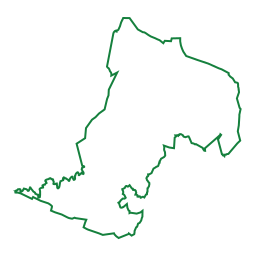 Minatitlán, Colima, Mexico
{"feature_id": "50627088B87770668885129", "entity_name": "Minatitlán", "entity_type": "district", "adm_level": 2, "iso_a3": "MEX", "parent_name": "Mexico", "parent_adm1": "Colima", "projection": "equal_earth", "projection_center": [-104.083, 19.372], "detail": "fine", "context": "isolated", "style": "outline", "palette": "green", "viewbox_px": 256, "rotation_deg": 0, "n_neighbors": 0, "source": "geoboundaries", "source_scale": "gbopen_adm2", "svg_char_len": 5790}
<svg xmlns="http://www.w3.org/2000/svg" viewBox="0 0 256 256"><path d="M228.7,73.1L221.6,69.3L218.8,68.3L208.3,63.6L197.5,60.0L186.2,56.0L183.3,51.6L182.0,48.6L180.9,45.4L180.2,41.4L180.2,38.2L171.7,38.4L171.0,41.2L164.8,40.8L163.3,43.2L159.6,40.2L157.6,39.4L155.1,38.2L150.9,36.5L148.4,35.0L146.1,33.4L145.2,32.8L144.1,32.3L142.8,32.2L137.8,29.4L129.6,18.1L123.2,18.0L122.4,19.9L122.0,20.3L121.7,21.3L121.2,22.2L120.6,24.1L120.0,26.2L118.4,29.7L117.7,30.3L116.4,30.5L116.3,30.8L116.5,31.6L116.3,31.6L115.5,30.8L114.8,31.1L113.8,32.3L113.4,33.3L107.0,66.6L107.7,67.6L108.8,68.4L109.5,69.8L109.9,71.0L111.0,72.6L111.3,73.5L111.4,74.4L111.3,75.6L117.2,72.5L108.8,89.7L108.5,95.4L107.1,98.9L104.6,109.4L99.0,113.5L95.6,117.1L92.0,119.7L86.0,128.1L85.1,138.2L76.6,143.7L82.2,165.6L82.4,165.9L83.6,166.1L84.1,166.4L84.2,166.7L84.2,166.9L84.1,167.0L83.0,166.9L82.9,167.1L82.7,167.6L82.4,167.6L82.2,167.7L82.0,168.0L81.7,169.5L82.3,170.4L82.4,171.0L82.8,171.4L83.4,172.3L83.6,173.1L83.5,173.8L83.2,174.0L82.6,173.7L82.2,173.6L82.0,173.4L82.0,173.0L81.8,172.8L81.5,172.8L81.0,173.6L80.4,174.0L79.3,175.1L79.0,175.2L78.8,175.1L78.8,174.9L78.7,174.2L78.6,173.6L78.4,173.0L78.1,172.5L77.6,172.3L77.3,172.4L77.0,172.6L76.9,172.9L76.5,173.1L76.1,173.5L75.8,174.0L75.7,174.2L75.4,175.2L75.1,175.6L75.2,175.9L74.8,176.4L75.1,178.2L74.9,179.2L74.8,179.4L73.9,179.9L73.7,179.8L73.4,179.4L73.3,179.0L73.0,178.5L72.8,177.8L72.4,176.7L72.1,176.6L71.4,177.0L70.6,177.8L70.1,178.6L69.5,179.9L69.5,180.3L69.4,180.6L69.1,180.9L68.7,180.8L68.5,180.3L68.2,180.1L68.1,179.9L67.5,179.4L67.0,179.2L65.8,178.3L64.7,178.6L64.4,178.5L64.2,178.2L64.3,177.6L63.8,177.4L63.1,178.1L63.0,178.8L63.0,179.5L63.1,180.2L62.7,180.3L61.2,181.0L60.5,181.2L60.0,182.8L59.5,186.0L59.2,187.2L58.6,188.0L58.2,188.3L57.8,188.3L57.5,188.1L57.2,187.3L57.3,186.8L57.0,185.8L56.9,184.1L56.8,183.5L55.7,183.7L55.2,184.1L54.0,184.1L53.5,184.0L53.4,183.7L53.7,182.6L53.7,181.6L53.5,181.4L53.5,181.1L53.3,180.8L53.0,180.2L53.1,179.9L53.1,179.6L52.9,179.3L52.0,179.1L51.4,179.2L50.9,178.5L50.4,178.2L49.4,178.4L48.9,179.0L48.6,179.1L47.5,179.3L46.3,179.7L45.6,180.2L45.4,180.4L45.3,181.0L45.8,181.4L46.1,181.8L46.5,182.8L46.5,183.0L45.8,183.1L45.7,183.3L45.0,184.6L44.8,184.7L44.5,184.5L44.0,184.6L43.7,184.8L42.6,185.3L42.5,185.6L42.9,185.9L43.1,186.8L43.1,187.5L42.8,187.7L42.1,187.5L40.2,188.4L39.7,188.9L39.6,189.5L40.0,190.6L40.1,191.3L40.1,192.5L40.1,195.0L39.9,196.8L39.8,197.2L39.5,197.4L38.3,197.4L38.2,197.2L38.3,196.4L38.2,196.0L38.2,194.8L38.1,194.7L37.4,194.7L35.3,193.7L35.2,192.9L34.5,192.2L33.5,191.7L31.8,189.5L31.3,189.0L30.4,187.5L30.1,187.4L29.8,188.0L29.5,189.0L28.9,190.4L28.7,190.7L28.3,190.8L28.1,190.9L27.8,190.8L27.3,189.9L26.3,189.2L24.0,188.6L23.8,188.6L23.7,189.2L23.3,189.8L23.0,190.0L22.6,190.8L21.8,191.4L21.2,191.5L20.4,191.2L20.5,190.0L20.4,189.5L19.8,189.1L19.5,189.1L19.2,189.3L18.1,189.2L17.6,189.9L15.4,190.9L15.4,192.5L15.9,192.6L16.8,192.6L16.4,192.2L20.7,193.4L32.0,198.9L33.1,197.0L33.6,197.3L40.6,200.8L48.4,203.4L50.6,204.9L51.9,206.1L52.0,206.7L51.0,210.6L55.0,212.3L61.7,214.5L67.6,217.5L69.1,218.1L72.1,218.7L74.6,217.7L75.5,218.1L86.3,219.7L85.1,222.6L83.6,227.3L86.7,229.0L88.3,229.7L98.8,233.3L102.8,234.9L114.0,233.3L114.5,234.4L116.0,236.0L116.8,236.7L117.9,237.4L118.6,238.0L128.8,233.9L128.9,233.5L131.6,235.6L134.2,234.2L134.5,232.8L134.6,230.9L136.1,227.4L136.5,227.0L136.8,227.0L137.5,225.8L137.5,225.4L138.1,223.6L139.6,222.9L141.2,220.5L141.8,218.1L142.4,216.7L142.5,210.8L140.5,212.4L136.7,213.6L130.5,212.7L129.5,213.1L129.5,210.9L128.6,210.5L127.4,207.7L126.9,204.0L123.3,207.1L122.8,207.1L122.3,207.5L121.7,207.7L120.5,207.5L120.3,207.2L119.0,203.1L118.5,202.9L118.4,202.7L120.1,201.6L120.4,200.7L122.7,198.6L124.6,198.6L125.6,197.9L125.7,197.7L125.4,197.2L124.5,195.3L124.1,194.8L122.8,194.0L122.9,193.6L123.2,193.0L123.2,191.7L123.0,190.9L122.4,189.9L122.3,189.6L122.3,189.1L122.8,189.0L124.8,187.9L125.4,186.6L125.8,186.2L126.2,186.0L126.7,186.0L127.1,186.4L127.7,186.6L128.0,186.6L129.6,185.2L131.8,188.4L132.8,188.7L132.8,189.3L133.0,189.9L133.2,190.0L134.0,189.8L134.3,189.9L134.6,190.1L135.2,190.1L135.8,190.9L135.8,191.4L136.2,192.5L136.2,193.0L135.6,194.0L135.4,194.6L136.3,194.6L137.4,195.2L137.5,196.6L138.4,196.7L138.7,196.3L139.8,196.3L140.3,197.1L140.6,197.7L141.4,197.5L142.2,196.9L142.9,196.8L143.7,196.9L144.1,197.4L144.3,197.5L146.0,194.5L146.9,194.3L147.0,194.0L147.0,192.3L147.5,191.8L147.5,188.3L148.0,188.0L148.6,186.8L149.0,186.2L149.2,184.9L149.4,184.2L149.3,182.9L148.6,182.4L148.4,181.8L146.9,179.9L146.7,178.8L146.4,178.2L147.2,176.6L147.5,176.6L147.9,176.3L148.2,175.9L148.3,175.5L148.1,174.4L149.3,174.3L151.5,173.1L153.5,168.6L155.4,167.5L156.3,166.8L157.9,166.2L158.3,165.7L159.4,162.0L159.7,162.2L159.9,161.0L161.1,158.7L164.1,157.0L165.2,155.6L165.0,152.2L164.2,150.2L164.1,149.3L164.3,147.0L163.9,145.6L169.3,147.5L174.0,148.2L174.7,137.6L176.0,136.5L175.7,136.0L175.4,135.4L176.3,135.4L177.2,135.2L178.2,135.9L178.4,135.6L178.4,135.0L178.7,134.8L179.3,134.9L179.5,134.3L179.7,134.2L180.0,134.3L180.8,134.1L182.8,135.2L183.1,135.6L183.1,135.9L183.6,136.6L185.4,137.2L187.9,136.4L188.6,136.4L189.3,137.7L191.6,143.1L193.6,143.5L195.1,144.4L195.9,144.1L202.7,147.9L203.3,149.4L204.3,150.7L205.1,150.8L204.9,148.3L219.0,136.0L220.3,134.7L220.4,134.3L221.1,134.9L218.0,139.5L221.9,154.1L222.6,154.3L222.8,155.3L223.8,155.5L224.4,156.1L224.7,154.7L225.2,154.6L226.0,154.7L226.6,154.2L228.4,153.9L237.3,143.4L240.2,140.6L237.8,131.3L238.8,125.4L239.4,115.7L239.3,115.0L240.6,109.0L239.6,107.8L236.9,98.4L239.0,92.3L238.9,91.1L238.7,90.2L238.8,89.9L238.5,89.0L238.6,88.2L238.1,86.8L238.1,85.2L238.0,83.7L237.8,83.1L237.4,82.8L236.4,82.5L235.1,82.3L232.8,78.5L229.9,76.3L229.4,75.5L228.6,74.7L228.7,73.1Z" fill="none" stroke="#15803d" stroke-width="2"/></svg>